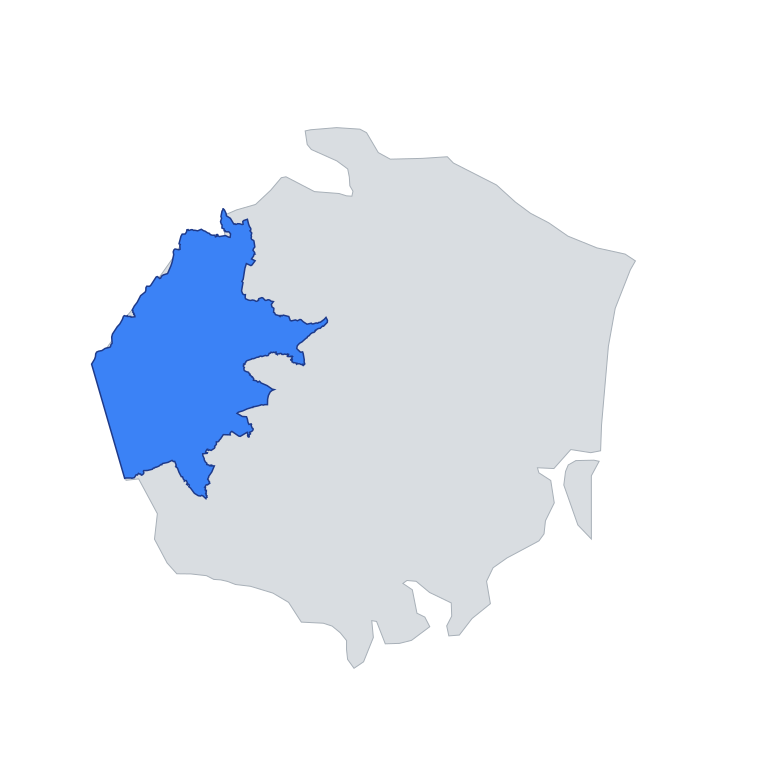 Koinadugu, Northern, Sierra Leone shown in context, rotated 254°
{"feature_id": "65957751B98964407864499", "entity_name": "Koinadugu", "entity_type": "district", "adm_level": 2, "iso_a3": "SLE", "parent_name": "Sierra Leone", "parent_adm1": "Northern", "projection": "albers", "projection_center": [-11.318, 9.329], "detail": "fine", "context": "in_parent", "style": "filled", "palette": "blue", "viewbox_px": 768, "rotation_deg": 254, "n_neighbors": 0, "source": "geoboundaries", "source_scale": "gbopen_adm2", "svg_char_len": 7734}
<svg xmlns="http://www.w3.org/2000/svg" viewBox="0 0 768 768"><g transform="rotate(254 384 384)"><path d="M649.0,378.0L648.6,383.6L643.5,409.1L635.6,431.1L630.4,436.5L608.0,442.3L598.4,452.0L590.3,483.1L585.0,507.5L577.3,511.6L544.3,547.0L522.7,560.4L507.7,571.9L493.4,586.9L475.5,601.5L456.2,626.1L442.4,651.6L433.0,659.6L425.9,652.3L393.0,627.1L358.4,610.1L284.6,581.8L260.1,573.8L261.0,563.8L269.5,545.5L255.9,524.0L261.2,508.4L255.9,508.4L245.3,517.7L222.8,514.9L208.0,501.5L195.8,496.5L190.5,489.7L182.9,454.3L177.3,438.2L166.1,428.2L143.5,425.7L134.3,404.0L121.9,387.2L124.0,376.9L134.2,377.6L142.2,385.1L155.0,388.3L171.1,370.3L185.5,360.5L188.8,351.9L187.1,347.2L178.4,354.5L154.6,352.5L148.7,359.0L138.1,361.1L130.0,339.8L130.4,327.4L133.9,313.6L157.8,311.4L159.9,307.0L143.3,303.9L122.6,287.8L119.0,276.8L129.3,273.1L139.1,274.8L147.7,277.3L156.9,273.4L165.6,267.4L170.8,259.7L177.9,238.9L200.4,232.1L213.7,219.5L226.4,199.8L232.2,186.0L237.4,179.1L240.7,173.1L243.1,166.5L248.7,160.5L254.7,145.9L258.7,132.5L271.7,126.2L298.1,120.6L321.8,130.4L360.4,122.0L362.5,109.5L397.7,109.3L439.5,109.1L474.4,108.9L486.3,112.3L490.6,121.6L502.1,136.3L514.1,146.4L528.9,168.6L546.2,194.5L564.9,217.8L576.9,230.4L578.3,234.9L577.4,239.9L571.6,251.8L566.5,264.7L567.1,269.5L570.6,271.9L590.1,275.9L592.0,290.2L592.0,310.0L601.5,328.5L610.6,342.1L610.2,346.9L588.1,370.2L579.5,393.3L575.2,399.8L573.4,404.9L577.9,407.3L583.9,405.8L592.5,407.7L600.7,408.4L611.5,400.1L629.4,378.8L635.4,376.2L649.0,378.0ZM252.9,564.8L250.4,569.5L238.6,558.0L177.8,540.6L195.0,531.5L237.3,529.0L249.9,534.4L255.4,538.8L257.5,547.3L252.9,564.8Z" fill="#d9dde1" stroke="#a8b0b8" stroke-width="1"/><path d="M595.2,278.6L596.7,277.8L596.7,277.4L595.9,277.2L594.8,275.9L589.9,273.4L588.1,273.6L585.1,271.6L582.7,271.7L581.5,272.2L578.6,271.2L577.1,273.0L575.5,272.6L575.2,273.5L574.3,273.3L573.4,275.4L573.4,276.2L572.7,277.0L570.6,277.9L567.4,276.5L567.9,275.3L570.4,272.5L571.1,266.3L572.4,265.2L573.2,265.4L573.8,264.8L573.7,264.2L572.1,264.1L571.9,262.5L573.6,262.5L574.4,259.8L575.6,258.1L576.8,257.8L577.9,256.1L580.2,254.2L581.1,252.8L583.1,251.0L582.6,247.1L584.0,244.4L584.0,243.5L585.1,242.4L585.5,241.2L585.3,238.8L585.7,238.3L586.4,238.3L586.6,237.1L584.5,236.0L583.0,234.2L583.7,231.3L581.9,229.5L575.3,225.6L574.3,226.6L573.4,225.9L569.7,225.1L569.6,223.8L571.4,220.3L570.8,219.0L569.1,217.8L566.3,217.5L559.8,214.1L556.4,211.8L549.8,206.4L549.7,201.9L549.0,199.9L547.3,198.4L547.3,197.3L548.6,196.7L549.8,195.6L549.6,194.4L543.3,187.2L542.5,185.6L543.4,182.9L542.2,181.7L539.7,180.9L538.3,179.9L536.0,174.4L530.5,169.2L527.8,165.5L524.4,162.3L523.3,162.9L522.3,162.3L521.0,163.0L520.4,162.7L520.0,163.1L519.6,162.7L518.6,163.3L517.3,163.1L517.9,159.3L518.7,159.3L519.7,155.9L520.4,156.0L520.3,154.9L521.3,153.2L520.7,152.1L518.2,150.3L514.6,146.7L512.6,143.4L506.9,136.8L504.2,135.2L498.1,133.9L497.1,132.4L495.3,131.4L494.9,130.7L495.1,125.8L493.9,122.1L494.2,118.6L493.9,116.6L492.5,115.2L489.9,114.2L487.7,112.7L483.7,108.4L364.8,108.7L364.9,109.5L363.4,114.9L362.9,115.6L362.8,118.2L365.1,120.8L364.5,121.9L365.8,123.3L364.8,124.3L364.6,125.2L363.3,125.6L363.3,126.7L364.1,128.2L365.0,128.7L366.2,128.6L367.0,129.1L366.1,132.7L365.9,137.8L366.7,139.1L366.5,140.2L367.0,141.2L366.8,142.3L367.1,145.0L368.1,147.3L367.6,148.1L368.6,149.1L368.2,154.7L369.0,159.2L367.5,160.2L367.3,161.5L363.4,161.9L363.0,161.5L362.2,161.6L361.9,161.0L360.1,162.3L355.7,162.6L350.8,163.6L350.3,164.8L347.9,164.9L346.8,165.5L345.6,165.3L345.9,166.6L345.6,167.4L343.1,167.7L342.0,166.6L341.4,167.1L342.2,167.3L342.1,167.8L341.2,168.7L340.5,169.0L339.1,168.0L337.4,169.3L331.2,171.6L327.8,174.7L326.9,176.7L327.2,177.9L326.5,179.0L322.9,181.2L323.7,181.7L324.0,182.7L324.6,182.5L325.4,183.0L326.4,182.3L327.4,182.9L327.9,182.4L329.1,183.4L330.7,183.9L330.7,183.1L331.6,182.9L333.8,183.9L334.2,183.9L334.3,183.4L336.0,185.2L336.1,186.1L335.7,186.5L336.6,189.0L337.0,188.7L337.8,189.3L338.9,188.8L340.1,188.8L340.8,188.2L341.6,188.6L342.6,189.7L343.5,190.0L346.9,194.2L352.0,198.3L352.7,196.2L353.5,196.1L353.7,195.1L353.0,195.1L353.6,193.6L354.4,193.3L355.5,191.4L356.6,191.9L358.3,190.8L360.8,190.3L361.9,190.6L365.1,190.1L366.9,190.5L366.1,194.9L366.6,195.3L367.4,193.7L368.3,194.0L370.0,195.9L369.9,196.6L369.0,196.5L368.5,197.0L368.8,198.0L367.8,199.5L369.0,203.3L370.0,204.1L370.8,204.0L372.1,206.2L374.6,206.9L374.2,208.3L374.7,209.6L375.6,210.4L376.2,211.6L379.6,215.6L377.5,222.2L378.7,222.2L379.9,223.3L380.4,224.7L374.0,230.0L373.3,231.4L375.3,239.1L372.9,239.2L372.3,238.7L371.2,238.7L370.4,239.0L370.4,239.9L372.2,240.2L372.9,241.9L374.6,241.3L374.8,243.5L375.4,244.8L376.2,245.6L377.3,245.8L378.1,245.1L380.9,244.9L381.6,245.5L382.3,245.3L382.4,243.0L385.0,242.7L388.0,243.0L390.4,242.8L391.9,238.8L396.3,234.6L397.0,236.1L397.1,237.3L397.1,240.8L397.8,245.6L397.9,250.5L397.6,251.5L398.3,252.1L398.0,252.7L397.7,256.6L397.7,259.6L398.0,260.2L396.9,262.5L397.1,263.5L396.3,266.3L401.4,267.9L404.8,269.7L407.7,272.4L408.6,274.5L408.9,276.9L409.9,275.1L414.7,271.2L418.9,266.1L421.0,265.1L420.5,263.3L422.3,262.2L423.6,259.5L424.8,260.2L427.1,259.5L427.1,259.0L428.0,258.8L429.7,257.4L430.3,258.0L431.0,257.3L432.6,257.0L434.1,254.7L435.5,253.4L437.5,253.5L438.2,254.3L439.6,253.7L440.2,254.1L440.9,254.0L441.4,255.6L442.0,255.1L442.2,256.1L442.9,257.1L443.6,257.4L444.2,258.7L444.4,263.4L444.8,264.2L444.4,264.9L444.3,266.5L444.7,268.9L444.4,271.2L444.8,271.5L444.8,273.4L444.0,274.2L444.2,277.8L443.6,278.6L443.3,280.3L444.0,281.3L445.1,282.0L445.0,283.4L445.7,284.1L444.9,285.4L445.0,286.7L444.4,287.3L444.5,289.0L443.2,288.9L442.8,288.4L441.9,289.3L442.4,289.3L441.8,292.1L442.1,292.6L441.5,293.8L440.6,294.0L440.1,295.5L440.2,296.7L439.0,298.9L439.5,299.4L438.8,300.5L437.9,299.8L437.8,299.1L437.3,298.7L436.9,299.1L436.2,301.3L436.4,301.8L436.0,303.5L435.6,303.7L435.4,303.1L434.6,302.8L434.4,302.2L433.1,302.7L432.5,301.8L433.1,301.2L433.0,300.4L432.8,301.0L431.3,302.1L430.9,302.0L430.9,301.2L430.3,302.3L429.4,302.7L429.2,303.8L428.2,305.4L427.3,305.4L427.7,306.1L427.2,306.2L426.9,308.2L425.4,309.9L425.4,311.5L424.2,311.2L424.0,311.5L425.1,313.4L427.2,313.3L429.2,314.0L435.4,314.7L437.3,314.6L437.5,312.8L438.1,312.2L441.7,310.1L442.2,309.9L444.7,311.2L446.4,314.0L447.1,316.8L449.4,321.5L449.7,322.9L450.7,323.6L451.1,325.4L452.4,327.2L453.1,329.5L452.9,330.8L453.5,332.2L454.4,332.5L454.3,333.0L454.8,333.5L454.6,334.0L455.3,335.1L455.4,337.0L455.1,338.0L456.6,340.8L456.2,341.8L458.9,346.5L460.8,347.2L464.0,346.6L462.6,344.3L460.9,339.8L461.2,338.3L460.7,337.0L461.4,335.6L461.3,332.6L461.6,331.4L462.5,330.9L462.7,326.5L466.1,323.5L468.7,322.0L469.2,320.9L468.6,318.3L470.0,316.5L470.2,312.4L470.9,311.4L475.1,311.1L478.0,306.1L477.6,304.8L478.1,304.4L478.5,302.7L477.8,303.4L477.4,302.7L478.7,301.8L480.6,298.8L482.6,298.4L483.3,297.6L487.1,299.0L489.1,297.5L491.6,297.7L493.7,300.4L494.8,298.2L496.2,297.3L497.0,295.8L496.8,294.3L497.1,292.9L500.1,291.3L500.7,290.4L500.5,287.2L499.8,286.5L499.1,286.5L498.6,284.8L498.7,283.8L500.1,282.5L501.0,280.7L501.1,278.6L502.0,276.9L504.1,274.4L505.6,274.4L508.1,275.4L508.4,274.0L509.6,273.0L512.7,272.7L520.4,276.4L521.7,275.7L523.5,277.5L533.6,282.2L537.7,284.9L534.5,288.7L534.8,289.9L538.0,294.1L540.7,291.1L543.1,294.0L544.5,294.8L544.5,295.8L545.1,295.5L546.0,295.9L548.7,294.9L550.2,296.0L551.3,297.6L556.6,298.3L557.8,298.3L559.5,296.6L561.0,296.5L562.0,297.2L563.3,297.2L565.6,298.5L568.2,297.4L568.7,298.4L570.3,298.8L572.4,298.1L574.9,297.9L580.0,298.1L579.8,294.2L579.1,293.0L576.4,292.6L576.4,291.5L577.7,289.6L578.5,287.4L578.1,286.1L578.5,284.9L579.1,284.9L579.2,283.7L585.6,282.0L589.1,278.9L591.4,279.2L595.2,278.6Z" fill="#3b82f6" stroke="#1e3a8a" stroke-width="1.5"/></g></svg>